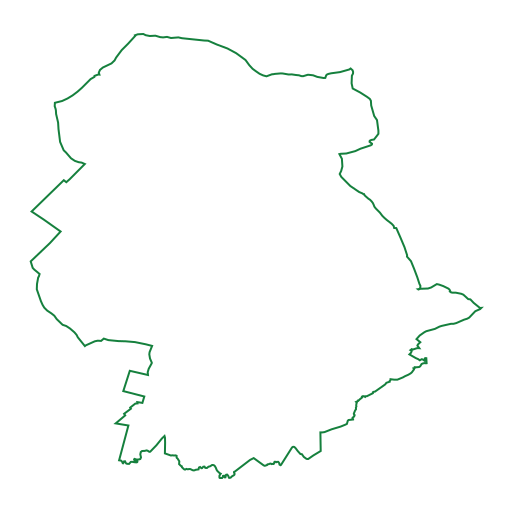 the district of Marghita, Bihor, Romania
{"feature_id": "2599482B95989289587236", "entity_name": "Marghita", "entity_type": "district", "adm_level": 2, "iso_a3": "ROU", "parent_name": "Romania", "parent_adm1": "Bihor", "projection": "natural_earth1", "projection_center": [22.362, 47.382], "detail": "fine", "context": "isolated", "style": "outline", "palette": "green", "viewbox_px": 512, "rotation_deg": 0, "n_neighbors": 0, "source": "geoboundaries", "source_scale": "gbopen_adm2", "svg_char_len": 5994}
<svg xmlns="http://www.w3.org/2000/svg" viewBox="0 0 512 512"><path d="M264.8,465.8L267.0,465.1L267.2,464.6L267.7,464.3L268.7,464.2L270.1,463.6L270.8,463.6L271.5,464.1L272.6,463.9L273.6,464.0L274.3,463.0L274.2,462.4L274.6,461.8L275.5,461.8L276.4,462.2L276.9,461.9L278.3,461.9L279.3,463.3L279.5,464.6L280.5,465.2L281.0,464.9L292.0,447.5L292.8,446.9L293.8,446.8L294.5,447.1L295.7,448.3L297.7,451.0L300.4,454.0L301.9,454.2L303.8,456.9L306.4,458.8L307.2,459.0L308.2,459.0L313.4,455.4L320.7,451.0L320.4,432.4L322.4,432.4L324.5,432.1L331.6,429.3L340.6,426.6L345.3,424.7L346.9,423.9L347.8,420.7L348.6,420.0L353.1,419.5L353.1,419.2L352.4,418.7L352.5,417.9L352.7,417.6L353.4,417.1L354.2,416.4L354.2,415.7L354.6,415.2L354.5,414.8L354.0,414.3L353.8,413.8L354.0,413.2L355.0,410.7L356.0,409.2L355.9,407.6L356.4,406.4L356.2,405.5L356.4,403.8L356.8,402.7L356.1,401.9L357.6,401.2L358.0,400.6L358.3,400.8L359.8,399.3L361.8,397.8L362.3,397.1L361.9,396.8L362.0,396.6L362.6,396.5L362.8,396.2L363.7,396.2L365.1,396.9L365.2,396.7L365.0,396.3L366.9,396.2L372.9,393.2L372.9,392.3L373.3,391.9L375.0,391.6L385.2,384.4L386.4,382.8L389.7,381.7L389.6,381.1L390.4,380.2L390.5,379.2L394.4,379.7L397.3,379.7L402.9,377.4L405.0,376.2L408.4,374.7L410.6,373.4L411.8,372.4L414.0,369.4L413.5,368.3L414.6,368.1L414.7,367.2L416.4,367.3L419.1,367.0L420.2,366.3L421.6,364.0L423.0,363.4L424.5,363.1L426.0,363.3L426.6,363.2L426.3,358.2L425.2,358.1L424.8,358.5L424.9,360.4L424.7,360.8L422.6,359.4L421.7,359.2L419.8,360.3L418.3,359.2L415.8,358.1L409.4,354.4L410.9,352.9L411.6,351.4L411.6,350.9L411.2,350.5L410.5,350.1L411.8,349.1L412.7,349.6L416.6,348.3L417.9,348.1L419.3,348.2L417.4,345.6L417.9,344.5L420.3,342.2L416.5,339.1L419.7,335.5L424.4,332.2L426.3,331.2L434.9,328.9L439.5,326.6L441.7,325.9L451.0,323.8L453.5,323.8L456.2,323.1L464.0,319.7L467.2,318.7L469.2,317.6L475.3,311.2L480.1,309.1L481.3,307.9L480.0,308.0L473.6,302.8L470.4,299.4L468.2,299.1L463.4,294.7L461.3,293.8L455.9,292.7L452.6,292.7L451.1,292.4L450.0,291.6L450.3,291.3L449.5,289.6L448.4,288.6L443.3,286.1L439.1,284.6L436.8,284.1L431.1,287.5L428.0,288.5L420.3,288.8L418.4,289.5L418.0,289.2L419.1,289.0L420.0,288.3L420.3,287.4L420.4,285.8L419.4,283.8L417.3,277.3L414.1,268.8L411.0,261.2L407.0,256.6L407.1,255.2L404.5,247.2L400.5,237.7L396.3,228.1L394.2,228.0L393.6,225.8L391.7,223.8L386.8,220.0L384.4,217.9L382.3,215.8L379.9,212.6L376.1,208.8L375.0,207.5L374.3,206.5L373.9,205.3L372.9,203.1L371.8,201.6L370.1,199.8L368.4,198.7L365.1,195.8L364.4,194.9L364.1,194.2L363.6,194.3L362.4,193.4L359.1,192.0L350.3,186.0L341.3,176.9L339.7,174.0L341.2,170.9L342.4,166.5L341.9,158.8L339.4,154.1L340.5,153.8L346.3,153.5L355.3,151.1L360.5,148.7L370.8,145.3L371.9,144.5L372.0,143.7L369.6,141.9L369.6,141.1L370.1,140.5L371.5,139.9L374.0,139.5L377.0,135.7L378.4,133.8L378.4,130.7L377.0,120.1L374.2,116.0L371.2,105.5L370.9,100.8L369.8,98.9L367.1,96.9L360.2,92.5L352.7,88.5L351.6,83.3L351.9,75.7L353.0,73.6L353.1,71.9L352.6,70.3L350.6,68.5L349.2,69.5L340.0,72.1L331.1,73.3L328.5,73.9L327.2,74.4L326.2,75.3L325.3,77.9L323.6,78.0L317.3,76.9L313.1,75.3L308.7,74.8L307.7,74.8L303.1,76.2L301.3,76.1L299.0,75.3L295.9,75.0L291.8,74.4L288.6,74.5L282.8,73.5L280.8,73.4L274.9,73.9L272.7,74.3L272.2,74.2L266.5,76.3L263.1,75.4L259.6,73.8L255.7,71.1L252.6,68.8L249.3,65.2L245.5,60.0L236.2,53.2L227.5,48.5L216.8,44.5L208.1,40.7L204.0,40.5L181.9,38.2L178.4,37.4L171.0,38.0L167.0,36.9L163.1,37.4L160.1,37.1L155.4,35.7L149.8,36.0L145.7,35.2L143.3,34.0L137.8,34.3L135.0,35.3L135.3,35.8L128.1,43.7L121.7,50.1L116.1,57.6L114.6,60.4L111.5,63.4L102.9,67.5L100.0,69.9L98.8,72.6L99.4,74.6L98.3,74.5L94.5,75.9L94.4,76.9L90.6,79.1L81.8,87.9L77.5,91.7L72.6,95.4L67.5,98.5L62.1,101.0L54.9,102.8L54.7,106.2L55.6,108.9L55.9,110.5L56.1,114.0L58.1,122.6L58.5,129.1L60.1,141.9L63.7,150.3L66.0,152.5L71.0,158.3L74.9,160.9L78.7,162.2L81.6,162.6L84.8,164.0L69.6,179.3L66.3,182.2L63.8,180.2L31.6,211.5L43.5,219.4L60.6,231.5L49.9,243.1L30.7,261.4L32.7,267.9L34.3,269.6L39.6,274.0L38.8,276.6L38.2,277.4L37.0,284.0L36.8,289.3L40.9,301.1L42.6,304.9L44.3,307.7L47.2,310.6L51.4,313.4L54.3,315.7L56.7,319.1L62.6,324.8L66.2,326.0L70.0,328.5L74.4,332.3L76.6,334.9L77.8,337.3L84.9,346.1L85.7,345.4L94.8,341.3L97.7,340.7L101.1,340.9L103.8,338.6L108.3,340.1L118.5,341.1L125.6,341.3L135.0,342.1L145.8,344.3L152.1,345.9L149.6,352.1L149.3,354.3L150.0,358.5L151.8,362.7L151.7,363.3L148.7,368.8L147.7,372.2L148.0,375.0L129.8,370.8L123.3,391.1L144.3,396.5L142.4,402.9L137.3,402.1L137.5,403.4L135.3,403.6L130.2,407.6L130.9,408.7L124.1,413.8L125.2,415.4L115.7,423.4L128.4,425.5L119.1,460.3L121.0,460.6L121.5,461.0L122.6,462.5L122.7,463.1L123.0,463.3L123.5,462.7L124.1,461.3L125.1,461.3L125.6,462.7L126.4,463.6L127.9,463.9L129.1,463.9L130.8,461.9L132.0,461.8L134.4,462.2L136.3,462.4L137.1,462.2L137.4,461.8L137.4,461.5L135.8,461.2L135.0,460.8L134.3,460.1L134.1,459.4L134.5,458.9L136.8,459.6L139.2,459.4L140.3,459.0L141.0,457.4L140.3,454.3L140.8,452.0L142.1,451.0L144.6,450.9L146.7,450.4L147.8,450.8L149.3,451.8L150.2,451.7L156.4,445.3L161.8,438.6L164.5,436.0L165.0,437.8L165.1,442.8L164.9,453.4L170.9,455.5L172.5,455.3L174.0,455.5L175.7,455.4L176.6,455.8L176.6,457.5L176.8,457.9L177.6,458.6L179.3,461.3L179.1,464.1L180.9,465.9L181.8,466.3L181.9,467.2L184.0,469.2L184.6,469.5L185.4,469.5L186.3,468.9L187.9,469.3L189.1,469.0L190.4,469.1L192.6,470.2L193.6,470.4L194.6,470.3L195.6,469.8L198.5,469.4L199.0,467.5L200.1,467.0L201.4,468.2L202.1,468.1L203.3,466.7L204.5,466.6L205.3,467.9L206.9,468.0L208.5,466.7L210.1,466.3L212.1,465.0L213.0,465.0L214.0,465.3L214.8,466.0L215.9,467.9L216.6,469.8L217.4,471.0L219.7,473.2L220.7,473.7L219.5,475.5L219.4,477.0L219.5,477.7L219.9,478.0L222.1,478.0L222.7,477.3L223.0,475.9L223.4,475.8L223.9,475.8L224.7,477.3L225.4,477.3L225.7,476.5L225.7,475.2L226.2,474.7L227.2,474.6L228.2,475.8L229.0,477.8L229.6,477.9L230.7,477.6L232.0,476.3L233.8,475.3L234.4,474.7L234.6,473.9L234.0,472.5L234.0,472.0L234.2,471.8L234.8,471.6L250.1,459.9L253.7,458.1L263.7,465.4L264.8,465.8Z" fill="none" stroke="#15803d" stroke-width="2"/></svg>